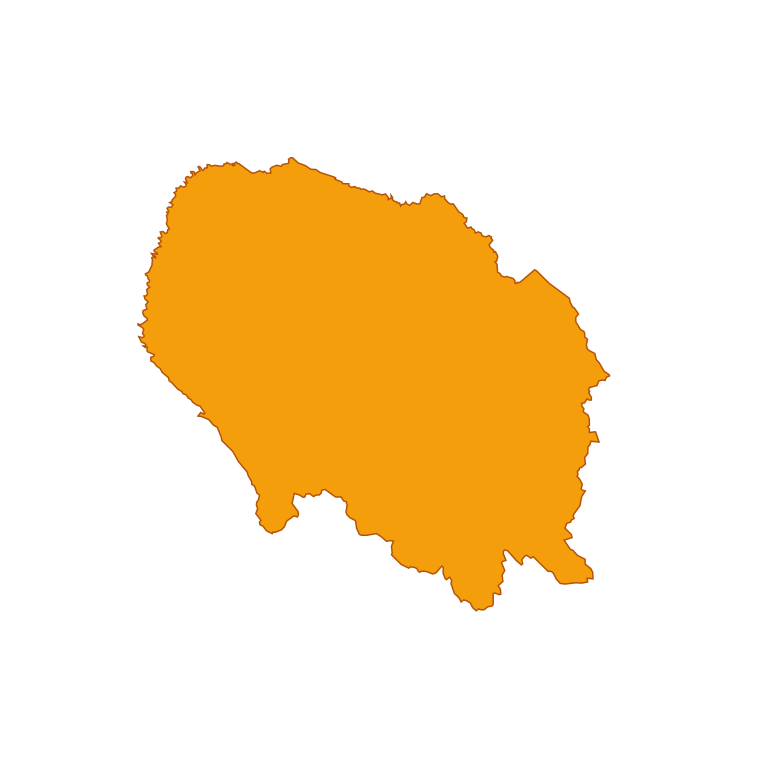 Betroka, Anosy, Madagascar, rotated 312°
{"feature_id": "10022922B59412081262724", "entity_name": "Betroka", "entity_type": "district", "adm_level": 2, "iso_a3": "MDG", "parent_name": "Madagascar", "parent_adm1": "Anosy", "projection": "equal_earth", "projection_center": [45.864, -23.412], "detail": "fine", "context": "isolated", "style": "filled", "palette": "amber", "viewbox_px": 768, "rotation_deg": 312, "n_neighbors": 0, "source": "geoboundaries", "source_scale": "gbopen_adm2", "svg_char_len": 6152}
<svg xmlns="http://www.w3.org/2000/svg" viewBox="0 0 768 768"><g transform="rotate(312 384 384)"><path d="M238.0,270.6L240.3,277.7L239.3,284.8L240.3,289.0L235.6,298.7L233.5,301.3L232.7,316.8L229.0,327.6L227.0,341.1L224.9,344.7L223.0,350.9L220.9,352.9L221.5,356.1L217.9,362.7L218.1,365.9L213.5,368.3L210.9,368.5L208.5,370.4L206.8,373.5L201.9,375.5L200.4,383.7L197.9,383.9L196.4,386.2L197.4,388.8L196.3,394.9L198.0,401.1L199.7,400.6L201.0,402.4L207.0,405.4L211.2,405.5L216.9,403.4L225.7,405.3L227.2,408.6L229.6,407.9L231.7,405.4L233.7,395.7L242.6,390.5L244.9,395.3L245.7,399.8L247.1,400.8L249.7,399.6L252.8,402.1L253.2,407.0L255.9,407.8L258.4,410.2L261.1,410.3L263.3,408.8L266.2,410.7L267.6,423.5L271.3,427.8L270.1,432.1L271.2,434.5L269.3,437.7L263.5,441.3L262.1,444.0L261.8,448.1L263.4,454.3L258.5,460.1L255.8,466.3L256.5,468.4L260.0,472.4L267.7,478.4L268.7,484.0L268.8,491.1L271.9,493.5L273.5,496.1L268.3,498.2L264.0,503.1L262.1,503.8L261.4,517.6L263.8,525.7L265.8,525.9L268.0,529.1L268.8,532.0L267.8,535.0L268.1,536.6L270.0,537.0L272.7,540.4L275.6,547.5L278.6,549.0L287.2,548.8L287.4,550.7L282.9,554.6L280.3,559.8L280.4,561.3L284.3,562.0L283.5,565.6L280.5,567.3L275.5,576.4L275.3,582.8L273.6,587.1L276.8,587.7L278.3,590.6L279.0,594.7L277.1,599.6L277.2,604.3L280.1,604.8L281.5,607.8L283.6,609.6L287.5,610.0L291.6,613.0L293.3,612.6L301.4,605.3L303.0,606.6L304.5,610.4L305.8,611.5L309.2,608.1L310.6,603.8L316.8,604.5L321.0,599.7L326.2,598.5L329.8,591.0L331.5,590.8L334.5,592.7L337.8,586.0L339.8,584.6L341.7,584.9L342.8,587.7L341.3,600.6L341.5,607.2L343.2,607.4L345.6,603.9L351.3,603.9L352.1,604.8L352.9,609.7L355.5,610.5L354.6,631.2L356.7,633.9L356.7,636.5L354.3,642.7L353.7,648.4L356.5,652.4L364.6,659.5L368.3,664.1L373.1,667.8L375.5,664.9L379.0,669.7L383.7,665.1L385.2,661.1L384.7,654.1L388.3,650.8L386.1,642.6L386.8,635.5L385.8,633.1L388.5,622.3L395.7,626.5L397.5,623.9L398.0,614.8L402.9,613.1L406.2,615.1L407.9,614.2L411.4,615.3L412.1,613.5L413.8,612.2L424.8,611.0L432.4,606.3L439.3,605.1L437.8,602.5L437.9,600.8L442.3,598.3L444.2,593.0L444.6,589.1L446.3,588.8L448.6,586.1L450.6,586.5L452.6,585.4L454.1,586.6L459.4,587.2L463.6,582.3L468.6,582.0L473.7,577.7L477.0,577.6L479.8,576.0L484.8,582.6L490.0,573.2L485.4,569.0L488.1,566.7L488.8,563.7L490.7,564.3L495.3,560.1L497.4,556.3L496.6,550.8L499.5,548.9L499.8,545.9L502.1,544.0L504.2,545.7L508.7,544.8L509.3,547.2L510.8,548.8L512.8,547.1L514.5,542.0L516.2,541.7L516.4,540.0L518.7,539.0L525.4,543.3L530.1,541.6L533.1,543.6L534.5,545.9L537.9,544.8L540.9,546.2L541.5,545.6L540.8,538.6L543.7,529.9L544.2,525.4L547.7,520.2L546.1,513.9L546.3,511.2L548.7,508.0L553.3,505.4L553.4,501.4L555.9,499.3L556.8,497.2L555.9,493.8L558.5,485.0L561.9,481.9L566.2,481.7L567.8,474.8L567.5,472.3L569.7,466.9L571.7,464.5L569.3,439.3L570.2,421.5L569.6,419.5L552.7,417.3L549.9,416.8L548.6,414.8L547.0,415.1L546.7,413.4L548.5,412.0L548.8,409.3L545.9,403.1L544.1,402.1L542.9,399.0L543.7,396.3L543.1,393.6L548.6,387.9L549.1,384.7L550.6,385.5L554.4,383.6L555.5,382.1L556.9,378.3L555.7,378.0L555.5,377.0L556.7,376.1L556.6,371.6L557.7,369.0L563.5,368.6L564.0,366.1L565.2,365.4L564.4,362.4L561.8,361.5L560.2,358.9L560.0,357.4L561.1,355.2L560.1,352.2L557.4,351.0L558.9,347.7L558.3,345.0L558.9,343.6L555.8,341.8L557.1,336.0L559.7,336.6L562.8,334.6L561.3,332.0L562.6,329.1L562.0,324.0L564.2,314.9L562.4,313.4L561.7,310.6L562.3,305.2L564.2,303.2L561.5,301.3L561.4,296.6L558.6,293.9L555.2,292.7L553.9,288.3L549.9,289.0L547.9,287.4L541.8,290.1L540.0,288.2L538.2,283.9L534.4,283.7L533.6,282.7L533.2,280.4L533.9,278.2L531.4,278.7L528.9,277.0L527.4,277.3L528.9,274.5L527.5,273.0L528.0,271.9L526.7,269.3L526.6,267.2L528.3,265.6L528.9,263.0L526.9,265.1L523.9,263.7L525.2,263.0L526.3,258.0L523.3,256.0L519.8,249.5L519.8,246.4L516.8,244.2L516.2,240.6L515.1,238.1L513.3,236.7L513.2,234.7L511.8,233.1L511.0,229.9L508.4,228.5L507.7,225.4L509.3,223.9L505.3,219.3L505.9,217.4L503.4,210.9L504.0,209.6L505.0,210.7L504.2,207.9L498.5,195.1L497.8,189.9L494.6,185.9L493.6,179.1L490.8,172.4L491.0,164.9L489.7,163.3L487.1,162.7L485.4,164.8L483.8,165.2L479.2,161.7L476.8,161.9L474.9,158.0L470.2,155.6L467.6,155.5L465.2,158.7L462.2,156.0L462.0,152.6L460.6,152.7L459.2,148.8L454.2,146.7L452.2,144.1L450.6,128.5L449.8,128.0L450.2,125.8L447.5,125.1L446.8,126.7L445.6,126.1L445.1,125.5L446.5,124.1L444.6,123.3L443.6,119.1L442.4,119.4L440.5,117.9L438.8,118.7L436.7,117.2L433.5,112.2L430.3,110.0L430.1,107.5L429.0,106.0L428.2,105.9L426.5,108.0L424.3,106.2L421.8,106.8L421.3,105.7L422.2,102.5L421.7,100.6L420.9,100.6L419.4,104.6L414.9,103.1L413.0,103.6L414.6,100.6L412.6,98.3L411.7,99.1L412.1,100.8L410.7,102.5L407.7,102.1L406.9,99.5L405.3,98.5L403.7,99.1L402.0,103.1L400.5,100.5L400.0,103.3L398.8,104.3L396.2,103.6L395.2,100.3L392.3,100.4L390.5,98.4L388.5,100.9L385.7,99.9L385.4,102.2L384.0,103.5L378.9,103.4L377.9,104.4L375.5,103.3L376.0,107.2L373.0,107.7L371.2,105.4L369.4,105.2L368.0,108.8L366.3,107.6L365.9,109.5L363.6,109.6L361.1,113.2L357.5,115.0L355.5,120.7L353.9,120.1L351.3,121.7L349.6,120.9L349.4,117.7L347.2,116.0L345.1,120.1L343.4,120.2L341.9,118.3L341.2,118.6L341.3,122.5L340.5,123.3L337.7,122.2L336.8,126.4L334.9,124.8L329.5,123.5L328.8,124.9L329.5,127.9L328.7,128.7L325.4,123.8L324.8,126.4L325.8,128.6L325.0,129.9L323.7,127.3L322.4,126.9L321.3,128.8L317.0,132.1L309.9,134.2L306.1,133.0L305.5,134.1L306.0,135.7L304.3,138.5L304.2,140.4L302.7,141.3L301.0,140.3L299.9,140.8L299.1,142.4L299.2,145.0L295.4,144.4L292.6,148.1L289.9,148.0L288.9,146.8L287.1,149.8L287.2,153.8L283.4,153.9L281.1,157.7L277.4,155.9L275.5,157.1L274.1,159.6L274.1,164.2L273.3,165.4L265.6,163.8L263.9,161.0L263.3,161.9L264.2,166.5L263.9,168.8L259.9,170.7L259.5,173.2L258.5,174.1L256.8,173.4L255.1,170.1L252.8,175.8L254.0,179.0L253.8,180.5L252.8,181.2L251.1,179.6L251.4,182.2L252.8,182.2L253.1,183.2L250.0,185.8L249.8,186.9L252.1,193.7L250.4,194.3L247.7,192.8L245.2,195.3L246.0,198.7L245.2,203.0L245.7,207.3L244.2,211.4L244.5,219.6L242.6,222.2L243.0,225.3L242.2,234.2L243.1,238.6L242.3,241.2L243.6,244.3L242.6,247.8L243.2,250.9L242.5,254.3L243.1,259.2L244.5,262.1L242.4,270.4L241.1,270.4L240.2,266.9L235.7,267.2L238.0,270.6Z" fill="#f59e0b" stroke="#b45309" stroke-width="1.5"/></g></svg>